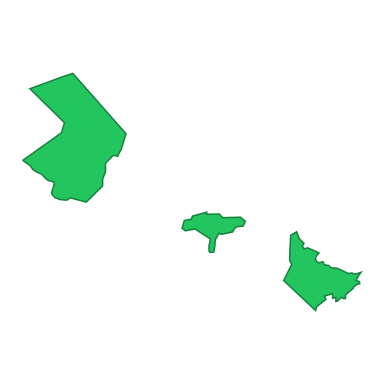 Rаmitan, Bukhoro, Uzbekistan (Robinson projection)
{"feature_id": "79887680B12609316203717", "entity_name": "Rаmitan", "entity_type": "district", "adm_level": 2, "iso_a3": "UZB", "parent_name": "Uzbekistan", "parent_adm1": "Bukhoro", "projection": "robinson", "projection_center": [63.441, 40.386], "detail": "fine", "context": "isolated", "style": "filled", "palette": "green", "viewbox_px": 384, "rotation_deg": 0, "n_neighbors": 0, "source": "geoboundaries", "source_scale": "gbopen_adm2", "svg_char_len": 1505}
<svg xmlns="http://www.w3.org/2000/svg" viewBox="0 0 384 384"><path d="M105.5,171.8L105.5,163.4L113.3,155.2L117.5,156.3L121.3,149.1L126.0,133.7L72.8,73.4L63.3,76.5L29.9,88.7L64.5,122.8L61.4,132.8L23.0,160.2L23.8,161.2L30.4,165.8L31.5,167.7L33.2,169.8L37.4,172.4L41.4,174.1L42.6,175.3L46.4,179.2L48.8,180.7L51.0,181.1L54.1,182.5L54.2,183.4L53.2,187.7L51.6,192.3L51.8,193.9L54.1,197.0L55.4,198.0L55.6,197.9L59.8,199.5L65.4,200.1L67.7,199.9L69.9,197.8L86.3,202.1L97.2,191.3L102.6,185.9L102.7,179.0L105.5,171.8ZM343.4,298.5L345.5,298.5L345.6,294.7L353.3,288.3L353.8,286.8L355.2,285.7L357.4,284.2L359.8,283.7L359.4,281.6L356.0,280.4L358.7,275.5L361.0,272.3L358.0,273.4L354.2,274.2L352.1,273.0L348.1,273.4L342.3,270.6L336.8,268.1L331.0,267.8L328.8,265.5L324.1,264.8L323.5,262.3L322.3,261.7L319.7,262.9L316.7,261.7L315.5,259.3L315.9,256.7L319.0,252.9L307.9,247.9L304.1,248.7L302.3,246.2L304.0,243.4L299.2,238.6L296.6,231.8L290.7,235.2L289.9,250.6L289.6,260.1L291.6,264.5L283.7,280.5L315.6,310.6L316.8,306.5L322.9,301.8L326.0,299.3L324.4,296.1L327.9,295.1L332.3,293.6L332.7,298.3L335.9,297.4L335.9,301.5L337.7,301.0L341.4,297.2L343.4,298.5ZM206.8,212.2L192.4,216.1L191.5,219.1L184.3,220.5L182.1,228.4L185.3,230.8L195.0,229.0L210.4,239.0L209.0,245.9L209.0,251.1L210.0,252.4L213.8,252.0L214.9,245.8L215.2,239.9L219.1,233.1L221.1,234.4L232.7,232.0L234.3,228.8L236.8,226.7L243.2,226.1L245.3,221.3L240.6,217.2L222.6,217.7L219.4,214.0L206.5,214.3L206.8,212.2Z" fill="#22c55e" stroke="#15803d" stroke-width="1.5"/></svg>